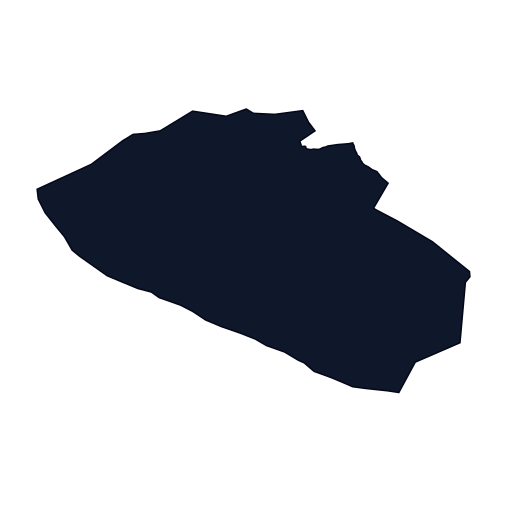 Emure, Ekiti, Nigeria, rotated 84°
{"feature_id": "59680162B54887547034560", "entity_name": "Emure", "entity_type": "district", "adm_level": 2, "iso_a3": "NGA", "parent_name": "Nigeria", "parent_adm1": "Ekiti", "projection": "robinson", "projection_center": [5.496, 7.408], "detail": "fine", "context": "isolated", "style": "filled", "palette": "ink", "viewbox_px": 512, "rotation_deg": 84, "n_neighbors": 0, "source": "geoboundaries", "source_scale": "gbopen_adm2", "svg_char_len": 1352}
<svg xmlns="http://www.w3.org/2000/svg" viewBox="0 0 512 512"><g transform="rotate(84 256 256)"><path d="M293.8,45.3L260.3,79.0L236.0,111.7L222.4,132.1L220.7,134.1L197.4,117.0L191.1,123.0L184.7,126.9L182.3,131.4L179.0,135.1L176.9,138.5L174.9,140.3L173.3,140.9L171.7,141.9L169.6,142.3L168.1,142.8L166.8,144.3L165.2,145.0L163.9,145.2L162.2,146.0L159.8,146.7L156.4,147.0L154.3,147.9L153.6,148.0L154.0,152.2L153.7,163.0L154.1,173.1L154.8,175.2L155.0,176.0L154.9,177.0L155.4,178.9L156.3,181.2L156.5,183.1L155.7,187.6L155.9,190.1L155.6,191.7L155.1,193.1L154.6,194.9L152.3,195.2L151.9,196.1L151.9,197.5L151.9,198.3L152.0,199.1L151.2,199.4L150.0,199.6L149.1,199.8L147.0,200.3L146.2,200.3L146.0,199.8L137.7,184.2L128.4,189.8L116.3,194.3L117.1,222.5L113.8,243.7L108.8,250.3L113.9,271.0L105.3,303.9L121.5,338.2L122.5,353.6L122.2,365.5L127.3,376.3L147.6,410.2L166.7,466.7L176.6,466.6L191.1,461.1L205.6,451.9L216.8,444.5L231.0,438.2L237.7,431.6L260.2,405.9L268.2,391.3L276.1,376.7L280.9,363.9L287.3,356.6L296.9,336.4L304.4,324.9L314.5,312.6L322.6,297.8L323.0,297.0L330.8,280.3L336.3,269.7L338.7,265.1L340.1,263.3L346.3,254.8L354.5,237.6L364.1,224.8L367.3,219.3L376.9,210.2L384.9,193.7L393.4,178.3L396.1,173.6L399.2,160.8L403.9,138.9L406.7,128.2L378.2,108.7L363.6,62.2L304.1,50.5L299.0,45.4L293.8,45.3Z" fill="#0f172a" stroke="#020617" stroke-width="1.5"/></g></svg>